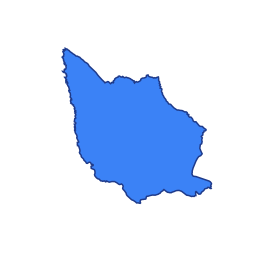 the district of Emni Haili, Debub, Eritrea, rotated 136°
{"feature_id": "51966322B75745826178298", "entity_name": "Emni Haili", "entity_type": "district", "adm_level": 2, "iso_a3": "ERI", "parent_name": "Eritrea", "parent_adm1": "Debub", "projection": "equal_earth", "projection_center": [38.709, 14.717], "detail": "fine", "context": "isolated", "style": "filled", "palette": "blue", "viewbox_px": 256, "rotation_deg": 136, "n_neighbors": 0, "source": "geoboundaries", "source_scale": "gbopen_adm2", "svg_char_len": 5855}
<svg xmlns="http://www.w3.org/2000/svg" viewBox="0 0 256 256"><g transform="rotate(136 128 128)"><path d="M182.5,124.5L181.4,122.0L181.2,121.4L181.3,120.9L181.9,119.8L183.1,118.4L184.5,117.7L185.1,116.5L185.3,114.2L185.1,112.6L184.3,111.2L184.2,110.7L184.4,109.7L184.3,108.8L183.7,108.3L183.2,107.2L181.8,106.4L181.6,105.9L181.6,104.9L181.2,104.6L180.4,104.9L180.2,104.7L179.4,102.6L178.9,101.9L176.8,100.7L174.8,98.7L173.9,95.6L173.8,94.4L173.4,93.3L172.6,92.7L171.6,92.3L171.4,91.2L171.6,90.2L172.0,89.4L173.7,88.4L174.1,87.5L174.2,86.4L174.1,85.9L174.6,82.3L175.0,82.0L175.5,80.7L175.6,79.8L175.3,74.6L175.1,73.4L174.5,72.3L173.9,69.6L173.9,68.2L172.8,67.2L171.6,65.4L171.0,65.4L170.2,66.9L168.9,67.5L167.4,66.7L166.8,66.1L165.7,65.5L165.2,64.9L164.3,64.6L162.7,65.7L161.9,65.8L161.3,65.2L159.3,64.2L157.0,62.8L155.1,60.8L152.1,59.3L151.5,59.3L150.3,58.8L148.5,59.1L146.2,58.6L145.5,58.9L144.9,58.8L144.5,55.4L144.1,54.1L143.6,53.6L142.8,52.3L141.6,51.3L141.1,51.3L138.6,50.1L137.3,49.7L136.2,49.0L134.6,47.6L133.4,45.2L132.5,39.0L131.1,37.1L129.9,34.6L129.0,34.0L127.9,32.8L127.1,32.9L126.1,32.2L124.8,34.0L123.8,35.0L123.3,35.1L123.1,34.9L123.0,34.1L123.2,33.8L123.0,31.2L121.9,30.3L121.1,30.2L119.7,30.7L117.2,30.4L116.3,30.5L115.4,30.8L114.8,30.8L112.9,29.7L111.7,29.8L111.5,29.6L111.1,28.8L110.9,27.7L110.7,27.2L110.4,26.8L110.0,26.8L110.0,27.6L109.7,28.2L108.7,28.3L108.3,29.3L106.9,29.7L106.5,30.1L106.3,30.9L106.2,32.2L106.5,33.5L112.8,45.8L114.5,47.9L114.5,49.0L113.9,50.6L112.8,51.3L111.6,52.5L109.0,54.0L102.2,57.0L99.0,58.0L97.7,58.2L96.9,58.3L94.9,57.6L92.6,57.9L92.3,58.7L91.8,60.3L90.5,63.5L87.5,65.8L85.9,65.5L85.1,66.2L84.3,66.5L83.7,67.5L82.9,68.5L81.4,69.3L81.3,70.9L80.8,71.1L79.0,71.0L77.5,72.6L76.9,72.3L76.1,72.4L75.7,72.9L75.3,73.0L74.2,72.2L73.5,72.2L72.9,72.8L73.2,73.9L73.5,75.8L73.4,77.3L74.9,79.1L75.2,80.2L74.8,85.3L75.7,86.0L76.0,86.6L76.2,87.7L75.8,88.7L75.4,89.3L75.1,91.5L75.2,92.2L76.2,93.0L76.3,94.2L75.9,95.1L75.5,95.0L75.1,95.1L74.9,95.5L75.2,96.0L75.5,96.0L75.9,96.8L74.8,97.8L74.8,98.8L75.0,99.2L76.1,100.3L76.6,102.1L77.0,103.0L78.7,105.0L78.9,105.6L80.0,106.6L80.3,107.3L81.0,110.6L81.0,113.7L80.9,115.2L81.3,116.1L81.9,116.8L82.0,117.2L81.5,119.0L81.5,119.5L81.7,120.2L81.7,120.8L81.0,122.3L80.8,124.8L80.2,126.5L79.9,128.0L79.7,128.6L79.0,129.1L78.8,130.4L78.3,131.3L76.8,132.2L76.5,132.7L76.6,133.2L77.0,133.8L77.2,134.4L75.7,134.9L75.6,135.4L75.9,136.2L75.8,136.6L74.5,136.9L74.4,137.2L74.7,137.9L74.6,138.3L73.3,139.1L73.0,140.8L71.6,142.3L70.7,143.6L71.8,144.3L73.2,144.6L73.8,145.6L74.7,145.9L75.3,147.6L76.3,148.8L77.1,150.4L77.2,151.3L76.7,152.1L77.1,152.5L78.2,153.0L79.1,152.2L79.9,152.1L81.3,152.6L82.2,153.2L82.7,153.7L83.7,154.1L84.9,154.2L85.8,153.5L87.3,153.6L89.2,154.3L89.6,154.8L89.8,155.6L90.2,155.8L92.1,155.8L91.9,156.7L90.9,157.4L90.9,157.9L91.6,158.7L91.6,159.9L92.0,160.7L92.0,161.6L92.8,163.6L93.4,164.4L94.0,165.8L95.6,166.6L95.8,167.0L95.9,168.4L96.0,168.8L96.4,168.9L96.8,168.7L97.6,169.5L98.0,171.2L98.2,171.5L99.1,171.9L99.9,171.5L100.6,172.0L101.1,172.0L101.8,172.4L103.5,172.5L104.0,172.0L104.4,171.9L105.9,172.0L106.2,171.8L106.6,170.9L107.0,170.7L107.4,170.8L107.6,171.7L108.2,172.1L109.2,171.9L109.8,172.0L109.9,174.8L110.4,175.5L111.5,175.8L112.0,176.2L113.2,176.5L113.1,178.1L113.2,180.6L113.1,185.0L113.0,186.9L112.5,190.3L112.9,199.6L112.4,201.3L112.4,202.5L112.6,203.6L113.2,205.4L113.2,208.5L113.6,210.0L113.6,212.5L114.2,213.7L114.4,214.7L115.4,215.8L115.6,218.2L115.9,218.8L116.3,221.7L116.6,222.6L116.6,224.9L116.9,225.4L116.9,226.8L117.6,228.1L117.8,228.8L118.7,227.6L119.2,228.7L120.0,229.2L120.1,227.8L120.5,227.6L120.9,227.8L121.2,228.4L121.8,228.2L122.3,226.6L122.8,225.6L123.5,225.1L123.9,225.1L124.2,224.9L124.5,224.3L124.8,224.2L125.9,224.8L126.3,224.5L126.3,222.8L126.6,222.2L127.2,221.9L127.3,221.2L127.8,220.6L128.0,219.6L128.3,219.2L128.2,218.4L128.6,218.1L128.9,218.1L129.2,218.7L129.4,218.4L129.4,217.0L128.9,216.4L129.0,215.9L130.0,215.3L130.6,214.3L132.1,213.6L132.6,213.7L132.8,214.4L133.1,214.4L134.6,213.0L135.0,213.1L135.7,214.1L135.8,213.7L135.5,213.0L135.6,212.6L135.4,212.2L135.0,211.7L134.8,210.9L134.8,210.2L135.1,210.0L135.2,209.7L135.0,209.3L135.5,209.0L135.7,208.7L135.7,208.2L136.4,207.6L137.7,207.5L137.9,207.7L138.0,208.3L138.3,208.5L138.6,205.4L138.9,205.2L139.5,205.6L140.8,204.1L139.6,204.1L139.6,203.6L140.1,202.1L140.4,202.1L140.9,202.5L141.3,202.2L141.6,200.9L142.0,200.0L142.1,198.6L142.6,198.1L143.0,197.0L143.6,196.2L143.8,195.5L144.1,195.6L144.3,196.2L144.6,196.1L145.2,194.9L145.3,193.4L145.6,192.8L147.0,191.1L147.9,190.7L148.4,189.8L148.4,189.3L148.1,188.8L148.7,187.6L149.0,187.4L149.2,188.0L149.5,188.1L150.3,187.7L150.8,187.1L151.3,185.9L151.9,185.7L151.9,185.3L151.5,185.0L151.4,184.7L151.8,183.5L151.7,183.1L151.3,182.8L151.2,182.5L151.8,181.9L151.9,180.5L152.3,179.5L152.6,179.1L153.1,179.3L153.9,177.9L153.6,176.8L153.7,176.5L154.1,176.3L154.9,176.8L155.2,176.6L155.0,175.3L156.0,175.3L156.1,175.0L156.1,174.2L156.3,173.9L156.9,173.4L157.4,173.2L157.7,173.4L158.2,172.8L158.4,171.9L159.0,171.3L159.8,171.7L162.3,169.8L162.2,169.2L161.9,168.6L161.9,168.2L162.6,167.4L163.1,167.4L163.9,168.1L164.2,167.6L164.4,166.5L164.7,166.0L165.2,166.0L165.5,166.2L165.8,165.9L165.3,165.3L165.8,164.5L166.5,164.8L167.2,163.1L167.6,163.3L167.8,163.6L168.3,163.1L168.3,162.4L169.2,161.3L169.8,158.5L170.8,156.9L171.5,156.7L171.9,156.1L173.0,152.5L173.4,152.1L174.5,152.8L174.9,152.1L175.7,151.7L175.9,151.0L176.6,150.4L176.0,149.4L177.5,146.3L178.4,145.0L179.3,144.3L179.8,144.3L180.3,143.4L180.7,140.8L181.5,139.9L181.6,139.6L181.5,137.4L181.6,136.3L182.1,135.4L181.9,133.2L182.3,131.9L182.3,131.4L181.8,130.8L179.7,130.4L179.3,129.9L179.0,129.4L179.1,128.6L179.6,127.4L178.8,126.6L178.6,126.1L178.6,125.8L179.1,125.3L179.6,125.3L180.6,126.1L181.2,126.1L182.5,124.5Z" fill="#3b82f6" stroke="#1e3a8a" stroke-width="1.5"/></g></svg>